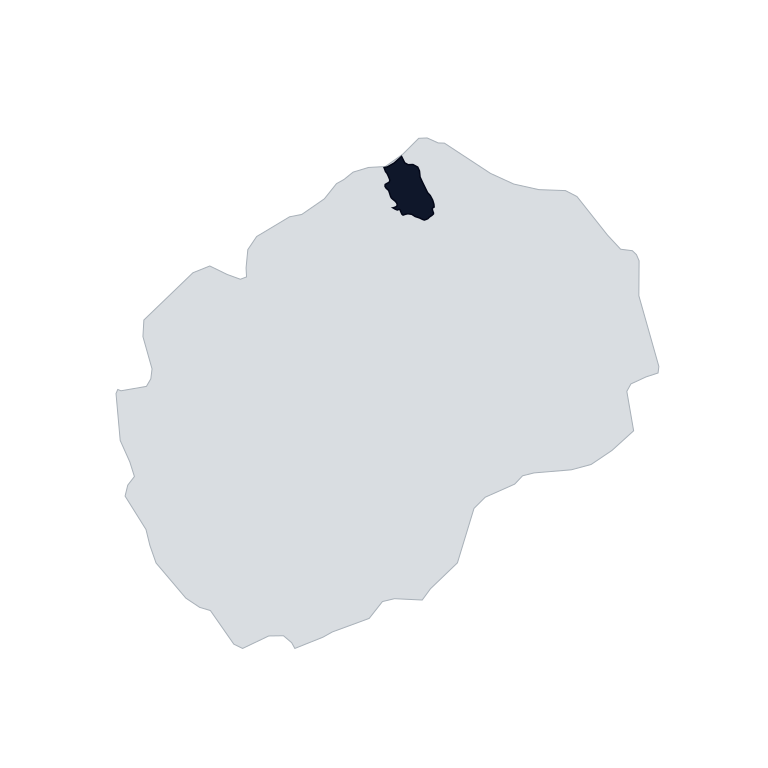 where Rankovce sits in North Macedonia, rotated 341°
{"feature_id": "MKD-4846", "entity_name": "Rankovce", "entity_type": "Statistical Region", "adm_level": 1, "iso_a3": "MKD", "parent_name": "North Macedonia", "parent_adm1": "", "projection": "albers", "projection_center": [22.099, 42.204], "detail": "fine", "context": "in_parent", "style": "filled", "palette": "ink", "viewbox_px": 768, "rotation_deg": 341, "n_neighbors": 0, "source": "natural_earth", "source_scale": "10m", "svg_char_len": 1961}
<svg xmlns="http://www.w3.org/2000/svg" viewBox="0 0 768 768"><g transform="rotate(341 384 384)"><path d="M349.4,195.2L361.5,196.9L387.9,189.5L404.3,179.1L412.7,177.6L423.8,173.6L439.8,174.2L456.0,178.8L476.6,172.8L496.8,163.0L504.9,165.4L513.7,173.7L519.5,175.9L553.3,219.6L571.8,237.2L593.6,250.6L618.5,260.2L627.5,269.6L643.8,316.0L651.6,333.6L662.2,338.8L664.8,343.9L665.3,350.6L653.7,383.5L649.6,456.9L646.7,462.8L634.1,462.6L617.5,464.3L611.2,470.0L604.8,509.5L578.0,521.0L553.7,527.5L533.1,526.1L496.9,516.9L485.1,515.9L475.0,521.2L442.8,524.0L428.6,530.9L395.2,577.0L361.3,592.7L349.8,600.7L324.0,590.4L311.7,589.2L293.7,600.8L254.5,601.6L243.9,603.5L213.6,605.0L212.5,598.6L207.0,589.3L193.0,584.7L164.2,588.0L157.3,581.1L146.1,541.7L137.0,535.2L126.9,521.9L110.2,479.0L110.1,460.3L111.6,444.1L102.7,405.7L108.8,396.2L117.9,390.2L118.3,374.9L116.2,351.5L127.5,305.8L130.5,302.5L133.1,304.8L158.6,308.9L165.2,303.2L169.6,294.2L171.5,260.7L177.8,245.3L239.6,216.6L257.7,215.7L271.4,229.4L282.3,238.2L288.9,238.0L291.4,229.3L299.0,212.6L311.6,203.1L349.0,195.2L349.4,195.2Z" fill="#d9dde1" stroke="#a8b0b8" stroke-width="1"/><path d="M457.9,179.8L465.4,178.4L474.7,174.5L475.6,181.6L478.2,184.5L482.8,185.9L486.5,189.9L486.9,194.1L485.5,200.0L486.1,205.9L487.5,217.2L489.1,220.9L489.9,226.0L489.7,230.3L489.0,233.0L488.4,233.0L486.7,233.8L486.4,236.4L486.5,238.4L486.1,239.3L484.1,240.2L481.4,240.9L479.2,242.0L477.3,242.1L475.5,242.1L473.9,240.8L471.7,238.6L468.0,235.8L465.5,232.6L462.0,230.8L459.6,230.5L457.0,230.5L456.2,229.2L455.9,225.7L455.9,224.5L455.3,223.8L453.2,223.8L451.3,222.1L449.8,220.3L450.5,220.4L452.3,220.4L453.9,220.1L454.9,218.8L454.9,216.9L454.1,214.8L452.4,212.1L451.5,210.4L451.3,208.9L451.4,204.8L451.4,202.5L450.7,201.3L449.7,199.4L449.3,197.4L450.1,195.7L453.2,195.1L454.4,195.0L455.9,193.3L455.9,191.4L455.7,188.3L455.4,185.8L454.6,183.7L454.5,179.4L457.9,179.8Z" fill="#0f172a" stroke="#020617" stroke-width="1.5"/></g></svg>